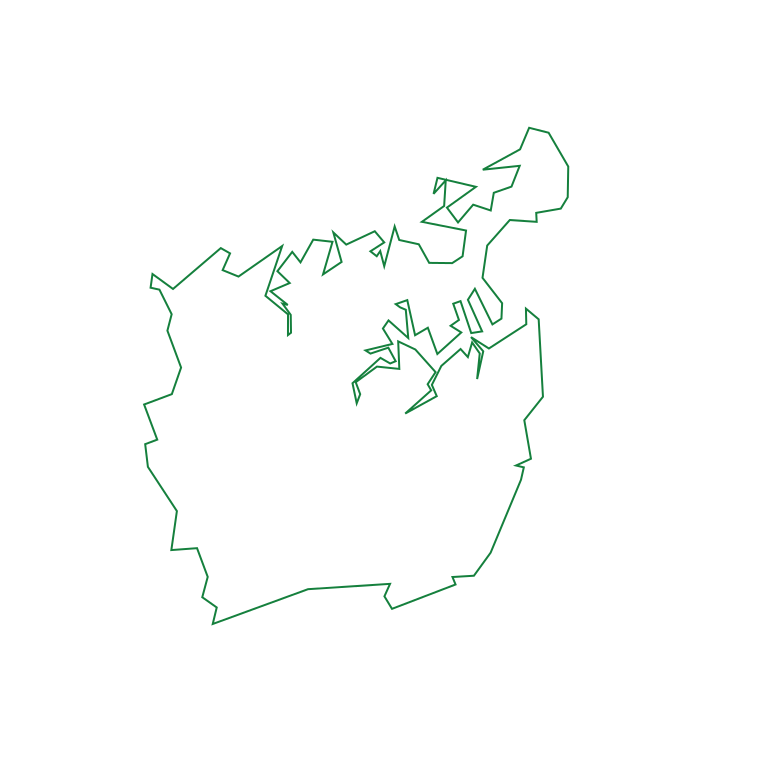 Sutherland, New South Wales, Australia, rotated 330°
{"feature_id": "25037944B61744382554137", "entity_name": "Sutherland", "entity_type": "district", "adm_level": 2, "iso_a3": "AUS", "parent_name": "Australia", "parent_adm1": "New South Wales", "projection": "orthographic", "projection_center": [151.117, -34.072], "detail": "medium", "context": "isolated", "style": "outline", "palette": "green", "viewbox_px": 768, "rotation_deg": 330, "n_neighbors": 0, "source": "geoboundaries", "source_scale": "gbopen_adm2", "svg_char_len": 1966}
<svg xmlns="http://www.w3.org/2000/svg" viewBox="0 0 768 768"><g transform="rotate(330 384 384)"><path d="M115.7,506.2L215.6,523.7L289.3,560.1L278.2,568.1L278.5,582.7L345.7,593.4L346.8,585.4L366.0,595.0L392.0,583.4L454.8,535.4L463.4,526.1L457.6,520.6L473.9,522.2L487.4,485.5L515.3,474.5L550.3,405.3L544.6,389.7L537.1,403.4L492.6,405.7L482.8,386.9L486.3,405.3L467.1,426.3L482.2,405.4L481.1,392.1L470.1,402.6L467.8,392.0L442.7,397.0L425.0,408.7L423.6,420.9L387.6,420.2L421.7,413.1L421.7,406.0L434.6,399.5L428.4,369.8L417.6,354.2L404.8,378.6L386.6,365.4L360.4,368.3L358.3,380.9L350.7,387.1L357.1,367.6L394.0,359.6L399.6,369.3L405.5,370.1L405.9,354.7L387.5,350.9L384.8,345.7L411.3,353.5L410.8,335.4L419.7,331.2L428.0,356.3L440.0,330.6L436.3,325.7L434.1,320.7L446.1,323.0L435.3,357.3L450.1,357.2L445.2,384.7L476.7,378.0L470.8,366.9L480.9,366.0L484.1,349.1L491.7,350.5L485.0,383.5L495.3,387.5L498.8,353.0L510.3,347.0L507.7,386.6L518.4,386.1L526.7,373.1L522.4,341.3L542.6,315.7L574.9,304.9L597.3,319.9L601.4,311.9L624.8,320.5L636.5,314.1L652.3,287.8L652.2,248.7L637.8,234.7L619.2,248.8L576.7,247.8L610.6,262.9L593.1,276.8L574.7,273.3L563.2,287.1L550.9,273.3L528.9,281.1L526.7,262.7L562.2,259.2L533.4,232.2L522.0,244.1L539.3,238.5L525.1,259.9L497.9,262.5L531.8,292.1L515.9,312.7L503.5,313.4L483.7,301.7L484.0,280.4L469.2,266.9L472.0,252.9L443.1,282.1L447.2,267.0L441.6,269.7L438.6,262.3L455.0,261.5L452.4,247.1L421.0,244.4L415.9,227.4L408.3,257.1L386.0,258.6L410.5,235.1L394.9,223.6L372.5,236.9L370.6,223.7L348.1,233.0L352.8,249.4L332.1,246.9L340.2,267.4L336.3,263.7L337.8,277.5L329.1,293.1L325.3,293.6L335.7,275.7L325.4,248.3L364.8,213.6L311.7,218.2L301.2,204.7L316.0,193.9L310.6,184.7L248.8,196.2L238.5,173.0L230.0,183.9L236.7,190.0L235.0,217.4L223.1,229.5L216.5,268.3L195.2,286.7L166.0,281.8L159.8,318.8L147.1,316.7L138.1,337.7L141.1,390.5L116.8,421.5L140.0,432.7L134.9,462.9L120.0,477.8L127.4,493.9L115.7,506.2Z" fill="none" stroke="#15803d" stroke-width="2"/></g></svg>